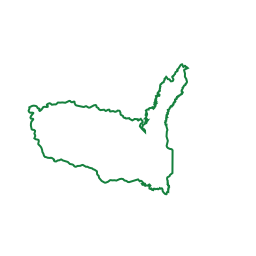 Coari, Amazonas, Brazil (Robinson projection), rotated 53°
{"feature_id": "56859067B81707102783786", "entity_name": "Coari", "entity_type": "district", "adm_level": 2, "iso_a3": "BRA", "parent_name": "Brazil", "parent_adm1": "Amazonas", "projection": "robinson", "projection_center": [-64.001, -4.036], "detail": "fine", "context": "isolated", "style": "outline", "palette": "green", "viewbox_px": 256, "rotation_deg": 53, "n_neighbors": 0, "source": "geoboundaries", "source_scale": "gbopen_adm2", "svg_char_len": 5875}
<svg xmlns="http://www.w3.org/2000/svg" viewBox="0 0 256 256"><g transform="rotate(53 128 128)"><path d="M199.9,130.7L198.8,130.0L197.8,130.5L197.2,130.0L196.5,130.2L196.3,129.5L195.5,129.0L194.9,129.0L194.3,128.1L193.0,127.9L191.5,126.9L191.1,126.1L191.5,123.9L190.8,122.7L190.7,119.6L172.6,105.8L171.2,105.9L169.8,107.2L168.1,108.1L166.9,108.3L165.5,107.9L162.2,103.9L157.9,102.3L154.2,99.1L153.3,97.7L149.7,96.3L148.6,95.3L148.2,96.0L147.9,96.0L147.2,95.7L146.4,94.8L145.9,95.0L145.6,94.4L145.0,94.0L145.3,93.2L144.3,92.5L144.1,92.0L143.6,92.0L143.0,91.6L143.1,90.3L142.1,90.5L141.8,89.6L140.9,89.6L140.6,88.9L140.8,87.6L140.6,87.4L140.3,87.8L139.9,87.6L140.1,87.4L139.3,86.8L139.0,85.5L138.0,85.4L138.1,85.1L137.7,85.0L138.0,84.5L137.8,83.6L137.2,82.9L137.2,82.0L136.8,81.8L136.9,81.2L136.4,80.7L137.1,79.9L136.7,79.5L136.9,78.9L136.5,78.6L136.7,78.0L136.2,77.7L136.2,77.2L135.9,77.2L135.3,76.3L135.2,75.6L135.6,75.3L135.4,74.5L135.1,74.6L135.1,74.2L134.2,73.9L133.6,73.3L134.1,72.0L133.3,71.5L133.5,70.7L132.8,70.2L133.0,70.0L132.8,69.5L133.2,69.0L132.8,68.6L133.1,68.2L132.8,67.7L133.1,67.1L132.9,65.7L133.2,65.5L133.3,64.6L133.0,64.5L132.9,63.7L132.6,63.5L132.7,63.2L132.5,62.8L131.4,62.7L131.2,63.2L130.6,62.9L130.1,62.3L129.4,60.4L128.7,60.2L128.7,59.2L128.3,58.9L127.9,57.7L128.1,57.5L127.9,56.4L128.1,56.2L127.9,55.6L127.3,55.3L127.2,53.7L126.2,52.8L124.6,52.4L124.3,52.0L121.3,51.7L118.8,49.7L115.7,48.5L115.3,47.9L116.1,44.2L114.6,44.5L114.0,45.1L112.9,44.9L112.6,45.1L112.6,47.0L112.2,47.1L109.8,46.4L109.4,47.1L109.4,48.1L110.9,52.0L110.9,53.4L111.4,54.0L112.1,53.9L112.3,54.4L112.0,56.4L112.4,57.1L113.2,57.9L113.2,58.8L113.8,60.4L113.5,61.0L113.6,61.7L113.9,62.0L116.4,62.4L117.3,63.5L117.3,64.0L117.2,64.6L116.5,65.7L114.1,65.6L112.9,66.8L110.9,66.6L110.1,66.7L110.5,67.8L110.7,69.2L111.5,69.5L111.5,70.0L112.0,70.6L112.4,71.7L112.9,72.0L112.5,73.7L112.9,74.9L112.7,75.6L113.2,76.5L113.7,77.0L114.5,77.2L114.5,77.7L115.8,78.7L116.0,79.3L117.5,80.1L117.6,80.4L117.2,80.9L117.7,81.7L117.6,82.6L118.0,83.5L119.1,83.8L119.4,83.5L119.4,83.1L120.1,82.9L120.4,83.1L120.1,83.3L120.2,83.6L120.7,83.2L121.0,83.6L121.1,83.9L120.9,84.1L120.7,84.1L120.4,83.7L120.2,84.0L120.0,84.7L120.2,85.4L119.5,85.3L119.3,86.5L120.7,86.9L121.0,87.8L121.5,87.9L121.5,88.6L122.3,88.9L122.0,89.4L122.4,89.8L122.8,89.8L123.4,91.0L123.7,90.6L123.7,90.0L124.3,90.7L124.6,90.2L125.1,91.6L124.6,92.2L125.0,92.9L125.5,92.9L125.3,92.4L125.7,91.6L125.9,92.7L126.6,92.7L126.5,93.0L126.9,93.3L126.9,94.3L127.3,93.9L127.7,94.6L127.9,96.1L127.3,96.1L126.8,96.4L126.1,96.2L125.9,97.5L125.1,98.8L125.1,99.9L125.7,100.4L124.8,101.7L124.8,103.2L126.4,103.6L126.9,104.5L127.8,104.1L128.8,104.7L129.1,105.3L128.4,105.4L128.1,105.9L128.4,106.2L129.2,106.1L129.9,106.4L130.4,107.1L130.7,108.7L131.4,107.9L132.2,107.5L132.6,107.9L132.6,108.9L133.0,109.0L133.7,107.4L134.0,108.3L133.9,109.2L134.4,109.4L135.1,110.4L134.8,110.7L134.5,110.2L133.6,110.2L134.0,110.6L133.9,110.9L134.8,111.8L134.8,112.9L134.5,114.2L136.4,116.5L137.7,116.9L138.2,116.6L138.4,116.0L140.2,115.9L141.5,116.8L137.0,117.4L133.8,117.5L133.3,117.0L132.3,115.2L132.5,114.3L132.2,112.7L130.9,112.2L130.7,112.4L128.4,112.3L128.2,115.3L127.9,115.4L127.5,114.6L126.8,115.0L124.7,117.4L124.8,118.3L124.5,120.0L121.5,121.3L120.9,121.1L119.2,123.9L118.2,124.1L117.8,124.8L116.7,125.2L115.3,124.8L113.1,125.8L112.3,125.6L111.2,124.8L109.4,124.4L108.8,124.7L107.8,125.9L107.9,127.1L107.3,128.6L105.5,129.7L104.1,132.3L103.4,132.4L102.3,131.9L102.0,132.0L101.4,133.1L101.1,135.3L100.9,135.6L99.0,136.1L97.1,139.3L95.3,140.0L94.2,139.7L92.4,140.5L90.9,139.8L90.2,140.0L89.4,141.5L88.7,146.3L88.0,147.2L85.5,148.2L85.1,148.8L84.7,150.5L84.2,151.1L78.9,155.7L78.0,156.0L76.3,155.8L74.9,155.0L74.4,155.2L73.7,157.3L72.7,157.9L71.6,158.0L71.0,158.6L70.1,162.9L68.1,165.0L67.0,166.8L65.5,168.6L65.8,171.1L65.5,171.8L64.7,172.8L63.6,174.8L61.8,175.2L61.0,175.8L60.5,177.4L60.5,178.7L61.0,179.0L62.1,178.8L62.7,179.3L62.5,180.1L60.8,181.9L60.3,183.0L61.3,186.1L61.4,187.9L61.2,188.3L60.4,188.3L59.3,187.2L58.6,187.5L57.9,188.2L56.1,187.9L55.0,188.3L53.5,189.7L52.7,191.2L52.1,194.4L53.1,194.9L54.4,197.0L55.4,197.3L56.9,197.0L58.2,195.1L58.9,194.6L59.2,194.8L60.0,198.0L60.9,199.6L61.9,199.9L63.5,198.4L63.9,198.4L64.2,198.7L64.8,201.3L65.9,202.7L67.6,204.1L71.1,205.7L71.8,205.4L73.0,204.2L74.2,203.9L74.8,204.3L76.2,206.2L77.6,206.4L78.6,206.9L79.9,209.0L81.4,208.5L83.2,206.9L84.0,206.7L85.0,207.3L86.5,209.1L87.1,209.4L89.7,209.0L91.3,209.0L93.6,209.7L95.7,210.8L97.5,211.0L99.6,211.8L101.2,211.7L102.0,210.9L103.4,210.1L105.1,208.2L105.3,207.5L106.2,206.8L108.4,206.1L108.8,206.1L109.5,206.8L110.8,206.4L111.5,205.4L111.6,203.7L112.5,202.1L112.7,200.7L113.1,200.1L114.5,199.7L118.9,196.5L121.7,196.1L123.6,194.4L124.6,193.9L126.1,193.9L127.1,193.5L127.6,192.9L128.0,191.0L129.4,189.1L129.9,187.0L130.3,186.3L133.7,184.9L134.5,183.7L136.3,182.9L138.7,180.9L139.9,180.7L141.2,179.8L143.9,178.9L146.2,180.4L146.9,180.5L148.4,180.2L150.4,181.1L154.4,180.9L157.6,179.5L158.2,178.8L158.9,176.3L158.9,173.7L159.2,173.2L160.5,171.9L161.6,170.2L163.0,168.9L163.8,165.4L164.6,163.8L165.8,162.7L167.8,162.4L169.3,161.1L171.0,160.6L171.9,159.7L175.1,150.9L177.6,150.7L177.9,149.5L178.8,149.0L180.3,149.0L181.2,148.6L181.8,148.8L182.0,149.3L181.9,149.9L181.3,150.5L182.1,150.6L182.9,149.4L183.1,148.1L183.6,148.3L184.2,149.2L184.6,149.0L185.1,147.6L186.0,146.8L185.8,145.6L186.0,144.9L187.5,144.8L187.8,146.2L189.2,147.3L190.2,146.8L190.4,145.8L191.9,146.0L192.7,145.3L192.0,144.6L192.0,144.0L192.6,143.2L193.2,143.2L194.3,141.0L194.8,141.0L195.2,140.6L195.3,139.5L195.1,138.8L196.1,138.5L196.3,137.6L196.8,137.2L198.1,137.5L199.0,138.2L200.6,138.4L202.9,138.1L203.9,137.4L203.9,136.8L203.4,136.6L202.7,135.2L202.9,135.0L202.6,134.4L203.1,134.2L201.7,133.1L200.9,132.8L201.0,132.1L199.7,131.3L199.9,130.7Z" fill="none" stroke="#15803d" stroke-width="2"/></g></svg>